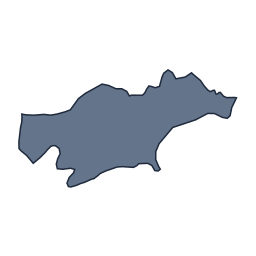 SVG path tracing the border of Passoré, rotated 357°
{"feature_id": "BFA-2817", "entity_name": "Passoré", "entity_type": "Province", "adm_level": 1, "iso_a3": "BFA", "parent_name": "Burkina Faso", "parent_adm1": "", "projection": "natural_earth1", "projection_center": [-2.128, 12.879], "detail": "fine", "context": "isolated", "style": "filled", "palette": "slate", "viewbox_px": 256, "rotation_deg": 357, "n_neighbors": 0, "source": "natural_earth", "source_scale": "10m", "svg_char_len": 1396}
<svg xmlns="http://www.w3.org/2000/svg" viewBox="0 0 256 256"><g transform="rotate(357 128 128)"><path d="M60.7,165.8L55.3,165.0L54.5,160.3L56.2,155.0L58.9,150.1L58.1,144.8L54.6,141.9L52.2,141.7L50.1,142.2L46.4,145.5L43.9,148.2L38.6,153.0L31.5,158.3L25.4,150.2L20.0,145.2L18.1,142.9L18.3,136.1L20.7,122.0L21.9,117.7L22.3,116.1L22.7,111.5L22.7,108.5L26.6,109.5L35.0,110.3L44.7,110.0L51.4,111.1L57.8,110.4L66.3,108.5L71.4,106.8L80.1,96.0L87.2,91.2L104.4,82.8L110.8,84.5L118.1,88.2L123.9,88.5L128.7,91.4L131.0,96.0L133.3,95.4L144.1,96.0L146.5,94.0L148.7,90.1L151.1,87.1L154.0,87.9L157.3,89.2L161.6,88.1L164.7,78.8L166.5,75.2L171.0,72.1L175.2,75.0L178.4,81.4L187.8,80.1L194.3,76.2L195.6,77.6L202.9,84.4L206.2,89.9L209.7,94.3L212.1,96.0L214.8,94.9L216.3,94.8L217.0,96.6L217.5,98.5L218.5,98.9L219.8,98.2L220.7,97.3L222.1,97.3L225.0,101.2L228.0,102.8L236.2,103.1L237.9,103.5L232.7,113.0L230.6,121.1L228.8,122.6L227.6,123.5L222.7,122.3L215.2,118.1L208.4,117.6L196.2,123.3L172.7,129.8L158.2,145.3L154.5,153.0L154.0,160.9L156.5,167.8L158.1,170.8L155.9,172.5L152.5,171.9L149.8,166.6L145.8,164.3L136.9,164.2L134.7,166.1L131.5,167.6L120.5,166.3L115.1,166.4L103.6,169.7L97.9,172.0L94.6,174.6L93.3,175.4L91.0,177.0L90.0,176.8L81.4,180.1L78.3,180.8L73.7,182.5L67.9,183.9L65.4,183.3L64.2,179.8L66.7,174.3L71.3,169.9L72.6,166.6L68.6,165.2L60.7,165.8Z" fill="#64748b" stroke="#1e293b" stroke-width="1.5"/></g></svg>